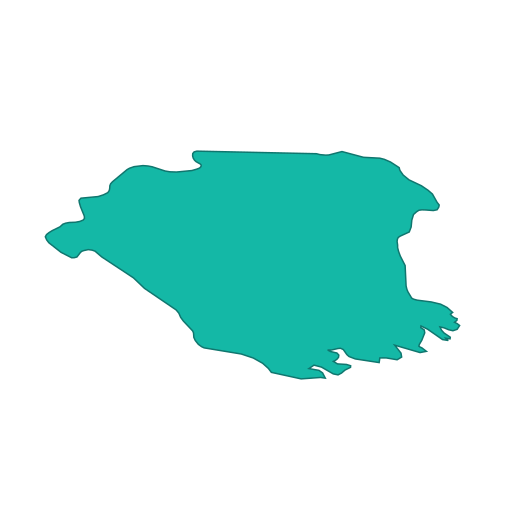 Södermanland, Equal Earth projection, rotated 8°
{"feature_id": "SWE-185", "entity_name": "Södermanland", "entity_type": "County", "adm_level": 1, "iso_a3": "SWE", "parent_name": "Sweden", "parent_adm1": "", "projection": "equal_earth", "projection_center": [16.821, 59.079], "detail": "fine", "context": "isolated", "style": "filled", "palette": "teal", "viewbox_px": 512, "rotation_deg": 8, "n_neighbors": 0, "source": "natural_earth", "source_scale": "10m", "svg_char_len": 2586}
<svg xmlns="http://www.w3.org/2000/svg" viewBox="0 0 512 512"><g transform="rotate(8 256 256)"><path d="M458.6,284.5L457.6,285.5L456.6,286.6L458.3,288.1L460.0,289.1L461.9,289.8L463.9,290.1L463.9,291.8L461.8,294.0L464.5,294.9L467.3,296.5L465.4,300.6L461.4,302.6L457.0,302.2L452.4,301.0L448.0,300.6L450.1,303.7L453.0,306.1L459.7,309.4L459.7,311.0L455.2,311.0L456.7,312.2L458.2,312.9L452.3,312.8L436.1,304.6L429.1,302.3L429.1,304.0L432.9,305.8L433.8,308.6L431.9,316.4L430.1,320.7L429.8,322.6L431.3,323.4L432.9,323.8L438.0,326.7L431.9,328.8L405.8,325.0L413.1,332.0L414.3,335.8L410.2,339.1L399.0,338.8L392.8,339.7L392.8,344.4L368.6,344.1L362.1,342.6L359.7,341.0L355.5,336.5L352.5,335.6L350.0,336.2L343.8,338.6L340.0,339.1L342.9,340.2L349.6,340.8L351.8,342.6L351.8,344.9L350.5,347.0L348.7,348.7L347.3,349.6L351.7,351.5L360.7,350.8L365.0,351.5L365.1,353.1L360.1,356.5L357.0,360.0L353.8,362.3L348.9,362.0L336.3,356.9L328.6,356.0L324.1,360.1L334.3,360.5L338.2,362.5L341.6,367.3L336.8,367.3L317.8,371.4L287.4,369.1L283.9,365.6L277.5,361.3L267.5,357.4L255.1,355.1L217.4,354.2L214.8,353.4L211.2,351.5L207.6,348.1L205.8,345.3L204.8,340.8L203.7,339.0L193.1,330.5L189.9,327.2L187.6,323.4L184.4,320.5L150.1,303.6L137.7,294.7L103.4,278.4L95.9,273.6L92.9,273.0L89.0,273.0L84.7,274.6L82.8,275.6L81.6,277.0L78.8,281.9L76.2,283.0L73.7,283.4L62.4,279.5L49.0,271.7L46.5,269.2L44.7,266.3L45.6,263.9L47.9,261.5L50.7,259.2L57.8,254.4L60.3,251.4L62.9,250.0L66.4,248.8L72.5,247.7L76.7,246.3L79.8,244.5L80.9,242.7L80.4,240.3L75.4,231.7L73.6,227.7L73.0,225.5L74.6,223.1L91.4,219.1L96.5,216.6L100.4,213.9L101.6,211.5L101.7,209.1L101.5,206.8L102.0,204.7L103.5,202.5L116.3,188.4L118.5,186.7L122.8,184.5L131.5,182.2L136.6,181.9L140.8,182.1L154.3,184.5L159.1,184.6L165.6,183.9L180.6,180.3L185.1,178.3L187.8,176.8L188.8,175.6L189.2,174.4L188.9,173.4L188.1,172.7L183.5,170.9L181.8,169.7L180.2,167.8L179.3,165.7L179.1,163.4L180.1,161.7L180.3,161.5L182.8,160.4L301.7,146.3L305.2,146.7L311.1,146.4L314.1,145.8L326.6,140.6L348.7,143.3L365.0,141.9L369.6,142.4L376.1,144.2L384.5,148.1L385.5,148.6L385.8,149.4L386.6,151.2L390.4,155.3L396.9,159.3L410.0,163.4L417.3,167.0L422.1,170.1L427.9,177.7L430.3,180.0L430.2,182.1L428.9,185.0L425.3,186.3L417.6,186.8L413.9,187.2L411.0,188.0L408.8,189.9L406.2,193.0L405.3,198.8L405.6,205.7L404.4,210.9L396.1,216.2L394.3,217.8L393.7,219.6L393.7,222.0L394.7,225.4L395.1,228.1L396.6,231.7L398.9,236.0L405.0,244.7L408.8,264.8L410.1,268.1L411.4,270.3L416.0,276.0L418.0,276.8L421.7,277.3L435.9,277.1L445.5,278.0L452.4,280.4L458.6,284.5Z" fill="#14b8a6" stroke="#0f766e" stroke-width="1.5"/></g></svg>